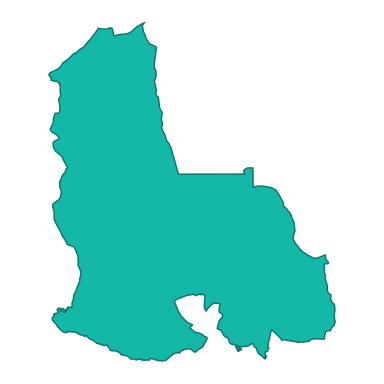 outline of Tuek Chhou, Kâmpôt, Cambodia
{"feature_id": "14789045B84051189014149", "entity_name": "Tuek Chhou", "entity_type": "district", "adm_level": 2, "iso_a3": "KHM", "parent_name": "Cambodia", "parent_adm1": "Kâmpôt", "projection": "robinson", "projection_center": [104.095, 10.787], "detail": "fine", "context": "isolated", "style": "filled", "palette": "teal", "viewbox_px": 384, "rotation_deg": 0, "n_neighbors": 0, "source": "geoboundaries", "source_scale": "gbopen_adm2", "svg_char_len": 5889}
<svg xmlns="http://www.w3.org/2000/svg" viewBox="0 0 384 384"><path d="M144.1,23.0L142.2,23.7L137.0,26.7L134.3,28.9L132.4,31.0L129.4,33.0L125.8,34.0L118.2,34.7L114.6,35.9L114.0,35.5L113.5,34.3L112.5,29.1L111.6,28.2L109.8,27.9L106.2,29.2L100.9,28.9L98.4,28.3L97.0,30.6L88.9,41.0L88.6,40.9L84.0,46.9L79.6,49.5L77.1,52.1L73.6,53.9L67.4,59.8L62.9,62.8L61.3,65.7L59.4,68.0L57.2,69.4L51.6,72.0L49.3,73.5L49.0,75.1L50.2,76.9L51.8,78.7L50.9,79.8L51.0,80.2L52.7,80.7L53.6,80.6L54.3,81.2L55.9,81.1L58.3,82.2L58.8,83.3L60.0,83.4L60.1,84.0L59.6,85.0L60.3,85.2L60.2,92.5L60.7,95.6L58.6,99.4L59.9,105.9L59.7,111.3L59.0,113.0L57.6,113.4L55.9,113.1L55.2,113.6L54.5,114.9L53.5,118.8L53.2,122.6L50.3,129.2L50.7,130.6L52.6,132.4L56.4,134.5L57.5,135.5L58.8,137.6L59.1,138.7L58.6,139.3L55.5,140.6L53.8,141.7L53.2,142.6L53.3,146.6L54.1,148.6L55.6,151.2L60.5,155.1L62.2,156.9L63.8,160.9L67.3,167.0L67.4,167.8L66.1,169.2L65.4,170.6L65.3,172.5L63.0,174.6L62.3,175.8L61.3,178.7L59.8,181.3L59.6,183.7L59.9,187.7L60.9,189.4L61.4,191.6L60.4,197.4L58.9,199.6L53.3,203.7L52.7,205.1L52.8,206.6L54.1,212.0L54.2,218.7L55.0,221.5L61.0,232.6L62.1,235.4L65.3,240.4L67.4,244.6L72.6,246.3L73.6,246.8L74.6,247.8L77.7,255.0L78.2,259.0L78.2,265.7L80.5,270.6L80.9,274.0L79.9,278.3L79.5,281.9L76.8,288.1L75.8,291.3L73.7,295.3L73.5,298.8L72.0,302.9L72.1,305.0L71.8,307.0L70.5,307.5L69.2,307.1L68.1,308.1L67.8,307.4L66.9,308.7L66.9,309.7L66.5,310.0L65.5,309.5L65.4,310.1L66.0,310.6L65.3,312.1L64.7,312.4L63.9,312.3L64.3,311.4L63.4,308.8L62.8,308.6L61.8,309.2L61.5,310.4L61.7,311.0L61.3,311.2L60.8,311.0L60.9,309.7L60.4,308.3L58.4,308.3L57.3,309.5L57.2,310.3L57.6,310.8L58.0,310.6L58.3,311.2L57.9,312.4L58.2,313.0L55.4,313.4L54.0,314.1L53.8,314.7L54.3,315.2L54.0,315.8L52.0,318.3L52.7,320.4L54.8,323.0L56.1,324.1L57.9,326.9L61.4,330.6L63.7,332.2L65.8,332.7L67.1,332.2L67.8,331.4L68.3,331.8L69.8,331.5L73.3,332.1L74.1,332.1L74.3,331.8L74.9,332.2L75.5,332.0L76.0,332.5L77.5,332.8L77.8,333.0L77.8,333.4L78.7,333.7L78.8,334.1L79.6,334.5L83.2,335.5L84.1,336.2L85.9,336.0L86.7,335.4L87.3,336.6L88.6,338.0L91.6,339.8L92.2,339.6L93.2,340.5L94.8,341.3L95.6,342.4L96.8,343.3L98.9,343.6L100.0,344.5L100.9,344.1L103.4,345.6L105.1,345.5L106.9,344.9L107.8,345.9L107.9,346.8L108.5,347.1L110.1,349.1L110.3,350.3L113.6,350.9L115.4,350.6L117.1,351.7L117.8,351.5L119.7,352.8L120.9,354.3L121.9,354.5L122.4,355.2L123.3,354.8L125.2,355.6L126.8,355.7L128.5,356.6L130.7,358.9L131.7,359.3L133.4,358.8L136.3,360.0L136.5,359.6L137.8,359.3L139.8,359.1L140.8,359.5L141.0,359.2L142.5,360.5L143.5,359.9L145.0,360.3L147.2,359.9L149.1,360.2L149.4,359.9L149.4,358.8L151.1,358.6L153.8,359.0L155.4,359.8L158.0,360.5L159.7,360.7L160.9,360.5L162.3,361.0L163.9,360.7L166.4,360.1L170.4,356.3L173.8,353.8L177.1,352.5L178.2,353.0L180.0,352.8L180.0,351.9L180.6,351.3L183.0,350.2L183.9,349.3L186.0,349.2L188.5,348.7L190.4,349.0L191.6,349.7L193.9,351.7L194.7,351.9L195.1,351.6L195.6,352.1L198.0,349.7L202.5,347.1L204.5,343.7L206.5,339.9L207.1,338.2L206.9,337.4L204.3,336.4L203.0,335.0L199.9,333.3L195.5,332.2L193.4,331.1L190.2,328.1L189.9,327.6L192.5,325.1L192.2,324.7L187.0,322.2L181.3,316.2L178.6,311.8L174.4,301.6L175.5,300.1L176.9,299.2L186.7,295.4L193.2,294.4L194.5,294.7L195.9,295.6L196.9,295.3L198.9,293.9L199.6,294.0L200.2,294.8L201.5,293.7L202.5,294.6L204.4,294.8L205.2,295.8L204.7,298.7L204.3,306.7L204.7,308.7L206.1,310.9L208.0,308.3L212.6,303.8L214.3,303.2L216.4,303.1L219.5,303.6L220.1,304.4L219.0,309.7L219.4,312.6L221.2,313.3L222.5,314.3L222.5,316.0L222.3,317.2L219.2,320.7L217.2,328.3L217.5,328.8L221.0,330.4L224.2,335.9L225.5,337.0L227.8,337.9L228.4,338.8L229.7,342.9L232.1,344.6L232.8,344.6L232.8,344.0L234.6,344.9L236.4,345.1L238.9,346.1L242.3,346.8L243.8,346.3L247.9,346.1L251.2,344.2L251.5,343.4L253.0,343.8L253.9,345.6L254.2,346.8L255.9,347.5L258.3,353.5L258.8,353.7L259.6,354.7L260.7,354.8L260.8,355.2L262.3,356.3L264.8,358.8L265.3,358.8L265.5,358.5L264.8,357.1L265.1,356.8L265.6,356.9L265.8,357.3L266.4,357.0L264.6,352.5L265.1,352.4L265.3,351.9L267.1,351.5L268.3,349.4L268.7,347.6L267.9,347.0L268.6,341.9L271.4,329.9L274.1,331.9L280.0,337.6L281.8,340.2L283.4,339.7L285.5,339.8L287.3,340.5L289.9,340.6L290.6,341.1L293.8,341.1L294.9,341.7L298.5,342.5L300.4,341.9L302.3,341.9L303.9,342.3L304.5,341.6L305.3,341.4L305.8,341.7L308.9,341.2L310.7,339.7L312.2,339.1L314.6,338.8L324.4,339.1L324.8,335.0L325.6,332.2L326.1,331.5L327.2,330.9L328.5,330.6L330.1,330.8L330.6,330.3L331.6,328.1L332.4,326.9L333.9,325.7L335.0,322.5L335.0,320.9L334.4,317.8L334.5,312.3L335.0,309.3L334.4,306.3L334.7,306.0L334.5,305.0L334.1,304.2L332.6,302.9L331.6,301.6L330.6,298.8L331.0,295.4L330.3,294.2L328.5,293.5L327.3,290.7L327.5,289.4L327.2,288.2L327.5,285.9L325.8,281.4L325.4,279.0L325.3,274.8L324.3,272.7L324.4,268.6L324.0,264.9L324.3,264.0L327.1,263.8L328.4,263.2L328.3,262.1L326.0,259.5L325.5,258.0L325.3,255.0L317.4,258.0L314.7,258.3L312.7,257.7L306.1,254.2L302.0,251.2L300.0,249.2L294.8,242.5L293.2,238.8L293.1,236.8L294.9,230.9L294.2,223.3L293.3,220.7L291.9,218.2L290.9,214.5L289.6,212.5L287.8,210.7L286.9,209.1L283.4,206.0L283.4,203.7L283.0,202.1L279.0,194.7L275.7,189.9L271.4,187.7L265.0,186.4L260.9,186.0L256.9,186.3L255.9,186.8L253.1,186.8L252.9,168.0L247.5,167.9L244.1,169.9L243.8,171.2L244.0,172.5L244.8,174.1L178.4,174.2L170.9,147.3L170.4,147.1L169.0,143.5L166.9,141.1L166.4,139.9L164.6,134.1L162.4,130.2L161.6,128.0L162.6,123.5L161.6,120.9L161.3,119.1L162.2,112.8L159.7,108.3L158.4,97.9L157.9,96.9L156.2,95.5L155.8,94.4L156.3,89.8L154.5,82.1L154.7,80.3L155.9,77.0L156.1,73.1L155.9,71.4L154.4,67.7L154.3,64.2L156.4,47.3L154.4,45.9L149.7,43.9L146.2,38.9L145.6,36.4L143.6,31.9L142.9,28.9L142.4,25.3L144.1,23.0ZM240.6,348.0L239.4,347.2L237.1,346.6L235.8,346.5L235.6,346.7L237.3,349.6L237.5,350.8L238.4,351.3L239.3,350.8L238.6,348.8L239.1,348.2L239.1,348.7L240.1,349.2L240.1,349.6L241.1,350.0L241.1,348.9L240.6,348.0Z" fill="#14b8a6" stroke="#0f766e" stroke-width="1.5"/></svg>